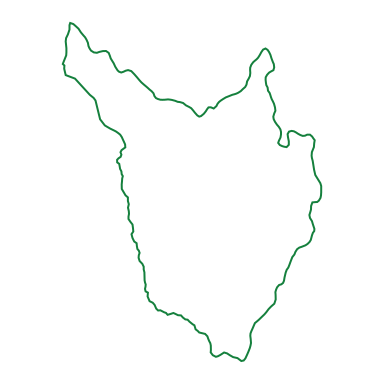 outline of Nova Guarita, Mato Grosso, Brazil
{"feature_id": "56859067B53302973548403", "entity_name": "Nova Guarita", "entity_type": "district", "adm_level": 2, "iso_a3": "BRA", "parent_name": "Brazil", "parent_adm1": "Mato Grosso", "projection": "natural_earth1", "projection_center": [-55.345, -10.288], "detail": "fine", "context": "isolated", "style": "outline", "palette": "green", "viewbox_px": 384, "rotation_deg": 0, "n_neighbors": 0, "source": "geoboundaries", "source_scale": "gbopen_adm2", "svg_char_len": 4298}
<svg xmlns="http://www.w3.org/2000/svg" viewBox="0 0 384 384"><path d="M62.8,64.0L64.4,65.5L64.2,68.7L65.0,72.2L65.7,75.1L75.0,78.6L89.8,94.8L93.6,97.9L95.5,100.5L100.1,119.3L104.8,125.4L106.6,126.5L110.2,128.6L114.3,130.6L116.0,131.5L118.4,133.2L120.2,134.7L121.8,137.1L123.1,140.0L124.0,141.9L125.1,144.4L125.3,147.4L121.6,150.1L120.5,152.2L121.4,154.7L120.6,156.9L118.5,158.3L117.1,159.8L117.2,162.4L119.2,163.8L119.7,166.5L120.1,168.9L121.4,171.4L121.7,174.2L122.8,176.1L122.2,178.5L122.0,181.4L121.7,184.5L121.8,189.0L123.5,191.9L125.5,195.3L127.9,197.4L127.9,201.0L128.8,204.2L128.0,207.7L128.8,211.1L129.0,213.9L128.5,216.5L128.5,219.0L130.3,221.7L132.5,224.5L133.0,228.2L133.3,231.5L131.5,234.2L132.5,238.0L134.2,241.5L136.6,243.2L136.9,246.2L137.4,249.0L138.8,250.6L139.6,252.9L138.8,255.3L138.6,257.8L139.6,261.0L142.3,263.8L143.7,266.7L143.7,269.4L144.4,272.3L144.5,276.1L144.6,280.3L145.0,282.4L145.7,284.5L145.5,286.7L145.0,288.9L145.6,291.4L147.9,292.6L147.6,296.5L149.6,301.2L152.7,302.7L154.6,304.9L156.2,308.6L158.1,310.5L160.4,310.3L164.2,312.3L166.0,312.9L167.6,314.8L170.7,313.9L173.4,313.0L175.4,313.9L178.0,315.2L181.0,315.4L183.0,317.6L185.3,319.4L187.6,319.7L189.4,321.6L192.7,324.3L194.4,325.3L195.6,329.3L197.8,331.0L199.2,332.5L201.7,333.1L205.1,333.9L207.4,336.3L208.2,338.7L209.1,340.9L210.3,343.2L210.8,345.5L210.9,350.0L210.7,352.4L212.8,355.2L215.9,356.8L218.0,356.2L220.4,354.9L224.1,352.5L227.1,353.4L229.8,355.2L233.1,357.1L237.5,358.1L241.3,361.0L243.7,360.5L245.4,358.4L247.1,354.7L248.4,351.7L249.8,348.1L250.5,345.6L251.0,343.0L250.7,339.1L250.3,335.8L250.5,333.5L251.4,331.1L252.4,328.9L253.6,326.1L254.9,323.1L256.6,321.7L258.8,319.8L261.9,316.8L264.4,314.4L266.3,312.2L268.6,309.1L271.1,306.5L274.3,303.7L275.7,299.5L275.6,294.9L275.4,292.1L276.1,289.6L277.1,287.3L279.1,285.0L281.4,284.3L283.1,282.9L284.0,280.7L284.5,277.6L285.7,272.5L286.7,269.8L288.3,267.6L289.3,265.1L290.5,261.8L292.3,257.1L294.4,254.5L295.4,251.9L297.1,249.2L299.3,247.6L301.7,246.8L305.5,245.3L307.6,243.9L309.6,241.9L310.8,239.9L312.0,235.3L312.9,232.8L314.2,231.1L314.4,228.9L312.7,223.7L312.0,221.2L310.0,218.0L309.4,215.0L310.4,211.7L311.0,209.5L311.1,206.0L312.4,202.4L315.4,202.1L317.2,202.0L318.8,200.7L320.5,197.9L321.0,195.4L321.2,192.4L321.2,186.0L320.3,183.1L315.3,175.0L314.1,169.8L312.7,160.9L311.9,157.9L311.6,155.6L311.9,152.1L313.9,147.1L314.2,143.2L314.7,140.2L313.5,138.6L312.1,136.5L310.0,134.7L307.1,134.7L305.0,135.7L302.7,135.9L300.3,135.0L298.1,133.8L295.8,132.3L293.9,131.3L291.6,130.9L289.0,131.6L287.6,134.1L288.0,137.2L288.8,141.3L288.8,144.8L286.6,147.1L284.1,146.7L282.1,146.1L279.8,145.0L278.2,142.9L278.9,140.8L280.5,137.5L281.0,134.4L281.0,131.9L280.4,129.4L278.8,126.8L276.9,124.6L275.0,121.8L273.7,119.2L273.3,116.7L274.2,113.5L275.4,110.8L275.0,107.4L274.0,103.8L272.9,101.4L271.7,99.1L270.9,96.9L270.3,94.9L269.6,92.9L268.0,90.7L267.6,87.5L266.3,85.1L265.9,82.5L265.6,79.8L265.7,77.3L267.1,74.8L269.1,72.6L271.3,71.3L273.4,70.2L274.2,67.4L273.8,64.1L272.9,62.1L271.5,58.4L270.4,54.8L269.1,52.1L267.6,49.9L265.5,48.5L263.1,49.6L261.3,52.2L259.8,55.0L258.1,57.7L256.6,59.3L254.9,60.7L253.2,62.2L251.3,64.8L250.2,67.7L250.1,70.0L250.3,73.0L249.9,76.1L248.7,78.6L247.1,81.4L246.5,84.6L245.2,87.0L242.6,89.3L240.8,91.1L238.3,92.7L236.4,93.6L234.6,94.2L232.3,94.8L229.1,96.1L225.8,97.4L223.0,99.1L220.9,100.5L219.1,101.9L217.6,103.7L216.4,106.1L213.7,108.5L210.8,107.3L208.5,107.4L207.1,109.2L205.8,111.3L203.8,113.8L201.0,116.1L199.2,116.6L197.3,115.4L194.9,112.7L193.1,110.4L191.2,108.2L189.0,106.9L186.0,105.4L183.1,103.0L180.0,102.1L177.6,101.8L175.2,100.8L171.8,99.9L169.9,99.6L168.0,99.4L165.0,99.7L162.5,99.8L160.3,99.7L157.9,99.0L156.0,98.1L154.5,96.2L153.5,93.3L151.6,91.2L149.5,89.5L148.0,88.1L146.4,86.7L143.9,84.6L141.4,82.4L139.5,80.3L137.0,77.3L134.2,74.1L131.3,71.1L128.1,70.1L125.7,70.7L123.4,71.8L121.2,72.5L119.0,71.7L117.6,70.4L116.5,68.7L115.3,66.8L113.7,63.3L111.9,60.4L110.7,58.4L109.9,55.9L108.7,52.9L106.0,51.0L102.8,51.1L99.4,51.9L96.9,52.8L93.8,52.4L91.0,50.6L89.5,48.3L88.5,46.1L87.9,42.8L86.5,39.7L85.1,37.3L83.5,35.5L80.9,32.4L78.5,28.7L75.9,26.3L73.4,24.1L70.2,23.0L69.5,25.1L69.5,29.6L67.9,34.4L66.1,38.1L65.7,41.4L66.4,48.2L66.4,52.4L66.2,55.4L63.9,61.1L62.8,64.0Z" fill="none" stroke="#15803d" stroke-width="2"/></svg>